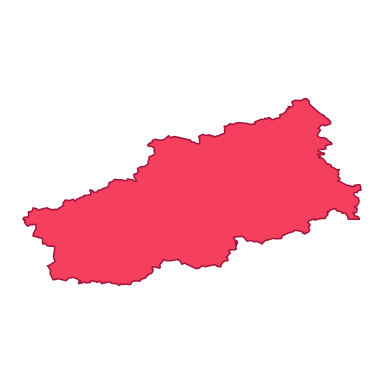 the Region of Tver'
{"feature_id": "RUS-2358", "entity_name": "Tver'", "entity_type": "Region", "adm_level": 1, "iso_a3": "RUS", "parent_name": "Russia", "parent_adm1": "", "projection": "natural_earth1", "projection_center": [34.924, 57.251], "detail": "fine", "context": "isolated", "style": "filled", "palette": "rose", "viewbox_px": 384, "rotation_deg": 0, "n_neighbors": 0, "source": "natural_earth", "source_scale": "10m", "svg_char_len": 6009}
<svg xmlns="http://www.w3.org/2000/svg" viewBox="0 0 384 384"><path d="M329.4,120.3L330.6,122.0L330.7,122.6L330.3,123.8L325.4,125.7L323.7,125.5L322.9,124.6L321.6,125.0L318.1,128.4L319.8,129.3L320.5,130.3L319.3,131.6L318.6,133.3L317.2,134.2L318.2,136.4L319.0,137.3L321.6,137.9L323.3,137.6L326.5,138.7L327.6,140.3L330.8,142.3L331.9,143.6L331.8,144.1L331.4,144.5L329.7,144.4L326.0,145.6L325.3,146.4L326.1,148.2L324.9,149.1L323.5,149.5L321.0,149.4L318.3,149.7L318.2,150.7L318.5,151.3L320.6,151.9L322.2,152.8L324.1,153.1L324.4,153.6L324.1,154.5L322.3,154.6L319.2,153.9L317.7,154.3L317.5,154.9L318.6,155.7L320.0,155.7L320.6,156.4L320.2,156.9L318.9,157.4L319.2,158.1L322.5,158.3L325.5,161.5L326.2,163.4L329.5,164.3L331.2,165.5L331.0,166.4L331.4,167.1L334.1,168.0L336.7,169.8L339.2,169.6L338.3,171.3L338.7,174.2L337.8,176.6L339.7,178.0L339.9,179.1L339.6,179.7L337.9,180.4L337.9,181.0L340.9,181.9L346.4,185.2L348.9,185.4L351.0,186.3L353.8,186.5L354.2,186.5L354.3,185.4L354.6,185.3L359.2,184.6L359.9,184.9L360.6,186.5L361.0,190.0L358.4,190.5L357.4,192.4L354.4,192.5L354.1,192.9L353.8,194.9L355.9,196.8L358.4,198.1L359.1,200.8L358.7,202.9L357.3,205.5L354.4,206.7L354.5,207.2L354.9,207.4L357.0,208.1L356.7,211.9L356.2,212.4L353.0,213.0L353.2,213.5L354.2,214.2L354.6,215.7L358.0,216.7L359.4,218.4L359.3,219.3L348.4,219.1L347.9,218.6L347.7,216.8L346.5,214.4L345.0,213.1L344.1,212.9L342.2,213.3L341.3,211.9L337.0,210.8L336.4,210.4L335.8,208.8L334.6,208.7L329.9,210.1L329.3,211.6L327.5,211.4L327.1,212.2L328.0,212.9L327.5,213.9L327.8,214.5L325.9,216.8L325.2,218.4L319.6,218.7L314.8,220.1L314.3,219.0L313.9,219.0L310.1,220.4L309.6,220.2L308.4,221.4L308.1,222.8L310.0,224.4L309.2,225.2L309.8,226.1L308.6,227.4L308.6,228.2L309.6,229.4L309.5,230.5L308.2,232.3L305.7,233.0L305.3,234.0L302.5,233.0L301.9,231.5L295.0,230.1L293.7,231.5L288.3,233.0L282.7,235.7L282.1,236.3L281.4,238.5L277.3,238.8L272.7,238.4L267.5,240.2L265.7,240.2L264.3,241.6L263.2,242.1L262.3,243.8L261.5,243.9L260.5,242.9L256.8,241.4L254.1,241.9L251.1,240.4L247.3,241.1L246.1,240.2L244.5,237.8L241.9,236.4L234.2,237.0L233.7,237.3L233.4,237.9L234.6,238.9L235.4,241.2L236.7,240.7L237.6,242.7L237.3,243.5L236.0,242.8L235.3,243.6L235.4,244.0L236.3,244.4L236.5,245.0L235.7,247.1L236.3,249.1L234.6,249.9L231.8,249.7L229.3,250.4L229.0,251.5L230.1,252.4L230.1,253.5L228.2,255.0L227.7,256.3L226.5,257.4L228.0,259.1L227.8,260.3L227.1,260.8L225.0,260.9L222.7,262.4L220.8,265.6L220.7,266.9L217.4,266.4L215.3,264.9L214.2,264.8L204.9,266.7L203.3,265.9L202.0,265.8L199.0,268.2L196.1,268.7L184.5,263.1L182.2,264.2L181.5,263.9L180.3,261.3L178.3,259.8L176.7,259.6L171.3,260.7L166.3,260.7L163.3,259.7L162.7,260.1L162.7,261.5L159.9,264.5L159.7,265.4L160.3,266.9L159.8,268.0L158.8,268.1L155.6,267.0L152.2,267.1L151.8,267.7L153.0,269.3L153.1,269.9L152.6,271.8L151.2,273.4L148.0,274.6L147.6,275.6L146.6,276.2L145.6,277.8L141.1,279.4L140.5,280.6L139.7,281.1L135.7,280.8L132.4,281.5L131.5,282.2L130.9,284.0L129.7,284.6L126.0,284.0L123.1,284.5L121.2,284.0L119.4,285.4L115.3,283.4L113.9,283.6L111.4,283.2L110.8,282.4L109.0,281.9L106.7,282.3L105.1,283.1L103.5,282.6L102.9,283.4L101.9,283.7L99.4,281.1L97.1,282.3L95.5,281.5L93.7,281.4L92.1,280.7L90.9,281.0L90.2,282.4L89.7,282.7L87.2,282.6L86.4,283.0L85.0,282.3L83.7,282.3L79.3,283.7L78.8,283.6L78.5,283.0L78.7,282.1L80.7,281.6L81.0,281.2L78.5,280.0L76.7,278.6L72.9,277.3L68.9,278.1L68.1,278.5L66.8,280.1L65.8,280.6L58.1,278.7L55.1,279.6L52.8,279.7L52.4,278.2L50.1,273.7L50.5,270.3L49.0,267.7L47.5,266.0L50.9,264.5L51.9,263.3L54.5,262.2L55.1,260.9L54.3,259.6L53.5,256.6L54.7,247.8L54.5,246.4L47.7,246.0L46.3,244.8L45.5,243.6L43.0,244.0L42.6,243.2L42.5,239.5L41.6,238.0L39.0,237.7L35.3,236.5L33.4,236.2L33.1,235.7L33.3,233.8L36.3,227.8L35.5,224.6L34.6,224.2L31.5,225.0L30.1,224.2L28.7,226.0L27.3,225.9L26.5,225.3L24.6,222.2L24.9,220.0L23.5,219.8L23.0,219.3L23.8,217.5L25.6,217.0L27.9,217.3L28.7,214.7L28.4,211.9L30.6,211.7L31.8,211.0L32.6,209.9L33.1,208.0L36.4,208.6L38.0,210.0L46.9,207.8L49.8,209.1L51.8,209.6L53.1,209.7L55.2,209.3L57.3,209.6L58.7,208.3L61.0,207.2L62.3,205.8L63.6,205.5L63.1,203.6L63.2,202.7L65.4,200.0L69.2,200.6L73.3,199.3L74.9,201.0L75.3,201.1L76.7,199.2L78.0,198.9L80.4,197.5L82.6,197.1L83.9,195.5L87.9,195.2L90.7,194.6L90.8,192.1L89.9,190.9L89.9,190.1L91.7,190.2L93.8,192.0L96.0,192.4L96.7,192.1L98.2,190.3L101.2,189.8L102.9,188.4L106.0,187.7L107.7,186.8L108.8,184.9L109.0,183.1L109.3,182.6L112.6,181.3L114.8,179.3L118.2,179.9L120.5,179.7L125.6,180.8L127.3,180.2L127.4,179.0L132.9,179.8L133.8,181.1L134.4,181.3L136.4,181.0L134.2,177.2L133.8,174.7L134.6,174.0L137.1,173.4L138.3,170.9L137.5,169.0L137.9,168.2L141.7,166.6L144.7,166.4L147.4,164.5L148.3,162.8L148.2,161.2L148.8,159.8L149.2,156.8L153.3,155.3L154.9,153.2L154.0,150.6L154.6,149.8L154.2,148.2L151.7,146.3L149.8,146.4L147.9,145.7L147.6,145.2L148.5,144.1L150.4,142.7L152.4,142.5L152.6,142.1L152.1,141.0L153.9,139.6L155.7,139.3L159.5,140.2L162.8,140.0L165.6,138.5L168.4,135.8L169.3,136.2L169.7,137.2L170.5,137.5L174.6,136.5L190.0,140.0L190.6,140.4L191.6,142.0L193.5,142.0L197.2,143.7L198.8,143.8L200.0,142.9L199.3,139.8L200.0,138.5L198.7,137.1L199.0,136.4L200.2,135.5L202.7,134.5L205.6,135.4L210.0,134.9L211.4,135.9L213.0,135.9L214.7,137.0L216.6,136.0L219.3,135.6L220.9,134.5L224.2,133.4L224.7,132.8L224.8,131.8L224.4,129.8L225.2,127.8L224.3,126.9L224.2,126.4L227.2,125.9L229.9,123.7L232.7,124.4L237.3,122.7L238.5,122.7L247.4,123.5L249.9,124.3L254.3,124.1L255.0,124.0L254.6,122.3L255.3,121.7L261.3,119.3L263.5,119.5L264.4,119.1L264.9,118.3L267.1,119.0L267.5,118.7L267.8,117.8L269.4,117.7L271.1,118.7L271.5,119.8L272.0,119.9L277.0,118.1L278.9,118.0L279.7,117.4L280.3,116.4L280.1,115.6L279.6,115.1L279.9,114.8L283.2,113.8L285.8,111.5L287.0,108.8L288.8,108.5L288.2,106.8L288.3,106.4L291.3,107.1L293.1,105.8L293.2,105.0L291.8,102.2L292.4,101.5L295.3,100.2L300.9,100.7L304.1,98.9L305.4,98.6L306.8,98.8L309.1,101.1L309.4,103.8L309.7,104.3L318.2,112.0L321.3,114.3L323.7,115.2L325.5,117.5L327.9,118.9L329.4,120.3Z" fill="#f43f5e" stroke="#9f1239" stroke-width="1.5"/></svg>